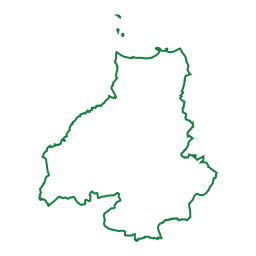 Kota Serang, Banten, Indonesia
{"feature_id": "22746128B38845978082923", "entity_name": "Kota Serang", "entity_type": "district", "adm_level": 2, "iso_a3": "IDN", "parent_name": "Indonesia", "parent_adm1": "Banten", "projection": "orthographic", "projection_center": [106.163, -6.1], "detail": "fine", "context": "isolated", "style": "outline", "palette": "green", "viewbox_px": 256, "rotation_deg": 0, "n_neighbors": 0, "source": "geoboundaries", "source_scale": "gbopen_adm2", "svg_char_len": 5850}
<svg xmlns="http://www.w3.org/2000/svg" viewBox="0 0 256 256"><path d="M180.1,48.6L179.2,48.7L174.1,51.5L170.0,52.3L167.8,51.8L167.1,51.2L166.8,50.2L167.2,49.5L167.2,48.7L166.0,49.0L166.2,50.1L165.7,50.5L164.7,50.9L162.6,50.9L161.0,50.5L160.0,48.7L157.7,47.8L156.5,47.8L155.9,48.4L156.0,48.8L157.3,49.7L159.4,50.7L159.3,51.8L158.1,53.7L155.7,55.7L152.5,57.1L152.0,57.7L147.7,58.4L145.7,58.4L141.9,57.8L136.9,57.9L134.1,57.5L133.1,56.9L132.4,57.8L132.1,57.6L131.8,58.1L128.0,57.6L123.6,56.5L120.9,55.1L116.6,52.2L116.0,54.7L116.2,58.4L114.9,61.8L115.4,62.1L115.3,62.8L116.2,63.6L116.8,65.0L116.9,66.3L117.4,66.5L117.3,69.6L116.0,74.8L116.3,77.2L117.1,78.1L113.1,82.9L113.3,83.5L112.7,85.8L111.9,86.0L111.4,88.2L116.0,96.8L115.8,97.5L115.3,98.1L114.3,97.4L113.5,98.1L112.8,97.6L110.5,96.9L109.3,96.0L108.9,96.0L109.0,97.1L108.7,98.0L105.2,101.1L104.0,103.1L103.3,103.3L102.6,104.2L102.0,104.4L101.4,105.6L100.6,106.0L99.3,105.3L98.4,106.2L96.9,105.6L96.4,105.9L95.9,107.5L95.4,108.0L94.1,107.4L93.2,108.2L91.9,107.8L91.7,108.3L92.0,109.3L91.7,110.2L90.6,110.3L90.1,110.9L89.8,111.9L88.7,111.8L88.0,110.9L87.8,111.7L86.4,111.6L86.1,112.8L85.2,113.5L84.0,112.9L83.4,113.6L80.7,114.3L80.3,114.6L80.2,116.3L78.9,116.3L76.8,117.7L75.1,120.7L72.9,122.1L72.9,123.2L72.3,123.2L72.3,124.0L71.2,124.4L71.3,125.5L69.9,126.6L70.0,127.3L69.5,128.9L69.9,129.9L68.2,131.7L66.8,133.9L66.5,135.1L66.9,136.4L65.6,136.5L63.7,138.1L63.2,139.0L63.2,139.6L64.7,140.1L64.8,140.8L64.6,141.0L62.1,139.7L61.3,141.0L60.7,143.6L60.4,144.0L59.6,144.0L59.1,144.8L58.2,145.0L57.7,144.6L56.6,145.1L55.1,144.5L55.3,145.6L53.4,145.9L52.9,146.7L52.0,146.7L50.8,147.2L50.5,147.1L50.0,145.8L47.3,148.1L46.8,150.9L45.8,151.3L45.1,152.3L44.6,152.4L43.6,154.1L43.3,155.8L42.6,156.8L42.9,157.4L44.8,157.8L46.0,159.4L47.8,171.8L48.8,174.0L48.8,175.0L48.8,175.4L46.3,176.9L46.2,177.4L45.5,178.6L45.0,181.1L44.3,182.2L44.3,183.2L43.4,183.9L43.5,184.7L42.1,185.8L41.1,187.9L40.0,188.8L40.5,190.5L40.5,191.6L40.9,192.4L40.6,193.6L39.9,194.1L40.2,195.6L39.7,196.3L39.9,197.0L39.3,197.8L39.4,198.5L40.1,199.0L39.9,199.3L40.4,199.9L41.5,199.5L41.8,198.7L43.0,199.7L43.9,199.4L44.9,199.9L45.9,200.8L46.1,201.9L46.7,202.8L48.1,203.8L47.9,205.0L48.6,205.9L50.7,203.8L54.7,200.7L58.5,197.0L59.9,196.7L60.4,196.9L60.5,197.5L61.8,197.6L63.3,198.2L63.8,197.8L65.8,197.5L67.2,198.6L68.8,198.4L69.4,197.8L73.6,196.9L75.1,198.2L75.5,199.7L77.7,202.6L78.6,203.0L80.1,204.5L81.9,204.9L82.5,204.4L84.4,204.5L85.1,204.1L85.4,202.9L85.0,201.2L85.7,199.7L86.4,199.8L88.8,201.0L90.3,200.6L90.2,197.7L90.6,196.5L89.6,195.0L89.8,194.3L90.8,193.2L90.8,192.3L91.9,191.5L94.6,193.5L95.1,193.6L96.5,192.9L97.4,193.4L97.7,196.7L98.3,198.0L98.7,198.1L102.1,196.6L105.0,196.5L106.6,195.6L109.0,195.7L111.3,195.3L113.4,195.4L115.6,194.3L116.8,193.1L117.6,193.0L119.1,194.0L118.7,195.3L118.7,196.8L120.3,199.4L120.4,200.5L116.6,202.3L115.8,203.8L114.6,205.1L114.7,207.4L114.2,208.1L111.4,208.3L104.6,213.5L104.1,214.6L103.9,215.8L104.8,220.1L104.0,223.6L104.4,225.3L105.0,226.2L109.3,228.9L118.4,231.0L122.2,230.7L124.3,231.0L125.2,232.0L124.8,234.5L125.1,235.3L129.7,235.7L130.5,235.3L131.8,235.7L132.7,235.0L132.7,234.6L134.9,234.2L134.8,239.5L136.2,240.6L136.4,239.7L137.1,239.8L137.6,240.4L137.8,240.3L138.6,239.4L138.5,238.8L138.8,238.6L139.9,238.5L141.4,238.8L142.2,238.2L144.6,237.7L145.1,237.2L144.9,236.8L145.9,236.6L148.8,236.8L149.5,237.7L150.4,237.6L153.5,238.4L153.9,237.8L157.7,239.0L158.0,237.6L162.3,238.5L161.3,237.7L160.4,236.4L160.1,234.0L158.9,231.6L157.9,227.5L158.6,225.3L160.2,223.5L161.7,223.2L162.3,222.6L163.4,222.5L163.5,221.6L165.1,220.2L165.5,220.1L165.8,220.4L166.8,219.8L167.1,220.2L168.2,220.0L169.2,219.7L169.5,219.1L170.2,219.5L171.1,219.0L171.6,219.1L171.8,218.6L173.1,219.1L173.8,218.3L175.0,218.3L175.4,218.8L177.0,218.3L177.4,218.4L177.4,219.4L178.3,219.5L179.0,220.4L179.6,220.0L181.2,219.7L182.1,219.1L183.7,219.5L185.2,219.3L186.4,220.1L187.4,220.1L187.7,219.5L189.3,217.9L190.3,217.2L190.2,210.3L189.5,208.1L189.0,203.9L192.3,200.5L194.5,195.9L195.8,194.3L197.4,193.8L199.9,195.0L203.1,195.2L206.2,193.1L209.1,189.3L209.3,188.3L210.5,186.1L211.4,185.3L212.2,183.8L212.8,183.4L213.0,181.0L213.4,180.5L213.6,178.6L214.3,177.8L215.0,178.1L216.0,176.7L216.0,174.2L216.7,172.9L216.0,172.2L213.3,170.6L213.0,170.0L211.1,169.0L209.7,167.6L208.3,167.0L208.3,165.2L207.4,164.5L206.5,162.6L202.3,162.2L200.9,162.4L201.5,161.6L202.5,161.2L203.1,160.5L203.4,159.1L203.4,156.4L197.1,159.8L196.1,158.6L194.9,157.6L195.7,155.3L195.3,155.1L194.2,155.7L193.8,155.7L193.1,156.4L192.2,155.6L192.4,155.3L190.6,155.1L189.1,154.5L188.9,155.7L188.2,156.4L188.0,157.4L186.8,157.4L186.4,157.7L185.5,157.1L184.8,157.2L184.4,157.7L183.8,157.2L183.3,157.1L181.9,155.9L181.4,155.1L181.4,153.7L183.6,151.6L184.6,149.8L185.4,150.0L188.3,145.0L188.5,144.3L188.2,143.6L189.3,141.0L190.8,139.8L191.1,139.2L192.5,138.5L192.0,138.2L191.4,137.0L190.0,136.6L189.7,135.9L188.1,136.5L188.4,135.6L187.5,134.9L187.5,134.3L187.7,132.4L190.3,129.4L191.2,128.8L192.2,126.9L193.2,126.8L193.2,125.6L192.7,123.0L192.3,123.6L189.9,120.8L189.5,121.1L187.8,119.9L185.7,119.4L185.7,118.0L185.3,117.5L185.9,116.8L186.0,114.0L183.8,112.5L183.0,112.3L182.8,111.6L182.6,108.4L183.0,107.6L183.5,107.6L184.5,101.5L182.9,101.1L180.0,98.3L180.6,97.2L181.6,96.4L180.6,95.4L181.4,94.9L181.5,94.3L183.2,92.5L183.1,92.1L181.7,91.1L182.8,89.0L184.4,83.3L184.4,81.0L184.9,80.7L185.0,80.1L184.6,79.2L185.5,76.2L185.7,75.9L188.0,75.3L188.8,74.4L190.3,74.3L189.0,72.8L187.4,69.7L188.5,65.9L186.3,61.1L186.4,59.9L185.7,58.6L185.8,57.4L184.5,55.3L182.5,52.9L180.1,48.6ZM118.1,31.9L118.6,30.0L118.5,29.5L117.5,29.3L117.2,29.7L118.1,31.9ZM120.0,17.5L119.8,16.6L119.0,15.8L118.3,15.4L117.3,15.4L118.8,16.4L119.5,17.4L120.0,17.5ZM123.2,35.8L123.4,35.2L123.1,33.9L122.2,34.1L122.1,35.1L122.8,36.0L123.2,35.8Z" fill="none" stroke="#15803d" stroke-width="2"/></svg>